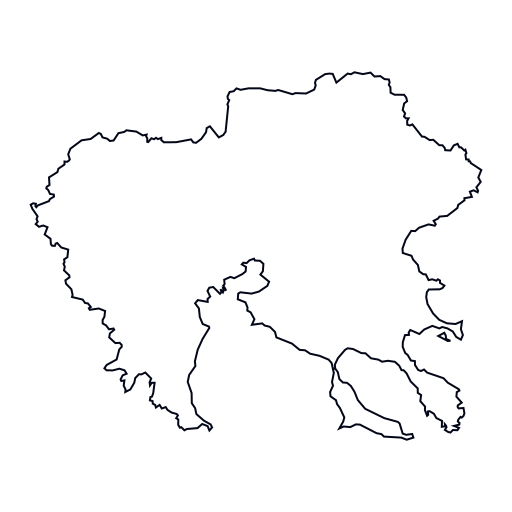 the district of Kentrikis Makedonias, Kentriki Makedonia, Greece
{"feature_id": "26713481B13719921321351", "entity_name": "Kentrikis Makedonias", "entity_type": "district", "adm_level": 2, "iso_a3": "GRC", "parent_name": "Greece", "parent_adm1": "Kentriki Makedonia", "projection": "equal_earth", "projection_center": [23.125, 40.657], "detail": "fine", "context": "isolated", "style": "outline", "palette": "ink", "viewbox_px": 512, "rotation_deg": 0, "n_neighbors": 0, "source": "geoboundaries", "source_scale": "gbopen_adm2", "svg_char_len": 6025}
<svg xmlns="http://www.w3.org/2000/svg" viewBox="0 0 512 512"><path d="M388.9,79.5L384.5,79.1L380.3,76.1L374.5,76.5L370.5,72.6L362.9,74.1L354.4,72.3L351.0,74.2L347.6,73.6L336.4,82.6L332.7,73.9L329.4,73.6L325.2,74.1L315.9,79.9L315.0,82.8L315.7,85.4L314.2,89.6L306.1,93.5L295.5,93.1L292.4,94.2L278.2,90.0L275.4,90.9L267.5,90.2L260.0,88.3L248.7,88.3L240.6,89.8L236.5,88.4L233.7,91.2L229.6,92.0L227.5,96.4L227.9,98.9L229.2,100.1L227.4,104.4L228.2,106.2L225.6,131.7L223.3,135.0L218.8,137.4L209.9,126.3L206.7,128.1L206.0,132.3L201.4,138.8L196.1,142.8L193.3,142.4L191.1,139.4L176.1,142.2L163.9,142.3L161.3,140.1L161.3,137.9L157.9,139.1L156.0,137.8L154.1,139.2L151.4,138.3L148.2,142.1L147.2,141.8L147.3,138.3L146.1,136.3L146.6,134.6L142.7,135.4L136.4,131.6L126.4,130.3L124.3,131.9L118.4,133.2L113.6,140.5L109.9,141.0L107.2,138.7L102.5,137.4L100.8,133.9L98.8,133.0L90.6,139.0L81.6,140.3L70.4,148.7L68.2,154.3L69.8,159.4L68.9,160.6L67.2,161.8L64.5,161.5L64.5,164.5L58.4,168.7L57.4,172.1L49.0,177.4L49.5,185.0L46.8,186.7L46.3,188.4L48.2,190.0L50.0,193.9L53.8,194.6L54.0,196.6L49.9,199.1L49.0,201.1L37.9,205.4L36.3,207.2L35.4,206.1L35.9,203.8L33.1,203.3L30.7,204.7L32.4,208.9L37.6,216.3L36.5,219.1L37.7,221.7L35.7,224.1L39.0,226.8L43.2,225.5L47.5,227.2L44.7,234.5L50.5,238.8L50.9,244.1L52.0,245.7L54.8,245.9L55.7,243.6L57.2,243.0L61.3,247.5L68.2,249.6L67.4,257.2L64.1,259.4L64.5,262.3L63.5,263.8L64.8,266.7L64.0,270.4L69.3,275.4L69.5,277.3L65.4,280.3L66.0,283.7L71.4,289.3L72.6,294.9L72.0,297.0L82.7,299.6L85.1,303.0L87.9,303.4L90.8,307.0L88.9,308.2L89.7,309.8L98.8,308.5L105.1,311.0L104.4,316.8L102.6,320.0L102.7,323.5L106.1,325.4L109.0,329.3L113.5,328.5L114.2,329.8L109.9,333.4L109.2,337.4L115.4,343.1L119.7,342.8L121.7,345.0L121.7,346.8L119.3,349.4L116.6,359.5L106.6,365.0L104.4,368.3L106.6,370.3L112.7,370.4L119.4,368.7L124.5,370.3L126.6,373.7L122.6,375.4L120.6,379.5L121.3,381.0L124.4,380.4L123.7,385.6L125.6,389.7L125.3,392.0L130.3,389.5L134.3,382.7L135.2,378.1L139.0,374.2L141.4,374.4L145.3,372.5L151.2,378.5L149.6,382.3L150.0,385.4L151.7,382.8L154.6,382.8L153.2,393.2L152.0,396.6L150.4,397.1L149.9,400.4L152.5,401.0L152.8,403.7L155.2,404.9L155.9,407.5L159.6,404.9L161.8,408.5L165.7,407.1L167.5,409.9L171.5,412.5L176.7,414.0L177.9,415.4L176.2,418.2L178.3,419.5L178.2,424.8L179.9,427.7L181.3,427.2L184.4,430.3L186.9,429.0L197.5,428.1L202.2,424.0L207.6,426.1L209.4,430.5L212.1,427.4L210.6,424.4L204.0,420.7L196.4,414.1L195.1,408.1L191.8,403.2L191.6,393.0L187.7,381.9L189.2,374.9L195.4,366.0L194.9,361.3L197.7,349.7L202.6,338.9L209.3,328.0L209.0,326.6L202.7,324.0L199.8,317.0L198.9,308.4L195.1,303.3L197.8,300.1L207.7,301.9L207.6,298.9L210.2,296.6L207.5,290.9L209.3,287.7L213.2,287.0L220.0,293.8L221.6,291.9L220.4,289.2L222.9,292.4L223.6,290.8L223.1,288.3L226.2,290.5L223.3,285.5L224.6,284.2L224.2,279.7L230.4,276.9L234.3,278.2L242.3,274.1L245.6,271.5L246.0,266.9L241.8,264.4L243.3,262.7L246.6,263.1L249.5,260.3L254.0,258.7L254.9,260.5L260.0,260.8L263.4,263.8L262.9,271.2L260.4,274.6L269.1,281.7L267.3,285.9L258.9,291.6L251.5,293.6L240.3,292.3L238.2,293.6L237.8,299.3L245.4,302.3L247.5,307.4L247.3,310.6L250.6,312.3L254.4,319.2L251.9,324.8L262.2,323.4L264.6,325.5L269.8,326.8L275.0,331.9L276.4,337.4L292.0,343.6L299.7,349.9L305.1,350.3L310.1,353.7L319.5,355.8L328.6,359.6L331.6,363.0L332.9,368.7L335.2,368.5L334.8,364.8L337.9,358.2L345.1,349.8L347.7,348.3L353.0,349.0L361.4,353.1L365.5,353.3L371.0,358.3L378.3,359.6L382.1,361.7L387.9,360.8L394.9,361.8L399.2,365.7L401.5,370.1L403.7,370.3L406.6,373.4L410.7,381.5L417.7,388.4L417.8,392.9L421.1,395.0L420.3,401.2L425.1,406.6L424.9,410.1L427.1,415.8L428.2,414.8L427.9,411.4L429.7,411.2L433.9,413.8L436.3,418.0L442.0,420.9L441.8,426.8L445.1,426.3L444.9,424.3L446.0,425.6L446.5,427.2L444.9,429.9L448.2,432.0L450.5,432.5L452.9,430.0L457.4,430.2L459.0,427.9L454.0,425.9L459.3,424.6L459.5,423.0L457.8,421.4L458.2,419.8L460.5,416.9L461.7,417.6L463.5,415.9L464.4,413.3L463.5,408.0L458.6,408.4L457.6,406.8L457.8,405.4L461.7,402.6L456.4,396.6L456.8,392.1L459.4,390.6L458.9,389.3L447.8,382.7L443.5,378.2L427.1,372.6L424.0,369.5L421.0,371.0L418.2,370.0L415.0,365.0L414.9,361.1L410.9,360.5L407.7,355.0L405.2,353.0L402.7,346.8L402.8,342.3L405.0,335.1L409.0,334.9L408.7,332.5L410.3,330.0L419.4,334.0L424.2,329.5L432.3,325.9L439.4,328.4L442.2,327.0L447.5,328.4L452.8,331.5L456.2,336.9L460.9,339.7L462.9,335.1L460.9,329.2L462.0,321.2L455.6,324.0L446.9,323.3L439.2,319.8L433.1,313.5L427.5,304.0L426.2,297.1L426.9,292.1L428.8,289.5L439.7,289.3L442.5,288.1L444.4,285.6L440.0,282.9L440.0,280.5L437.9,279.3L436.4,280.7L432.2,279.3L428.6,280.1L425.8,274.4L423.2,274.2L419.3,271.4L417.9,265.0L413.1,259.6L411.5,255.8L402.8,253.0L402.5,248.6L405.6,239.8L411.2,230.9L415.2,231.1L419.1,227.7L428.6,224.4L434.8,225.7L435.8,224.2L433.6,220.8L438.0,218.6L439.5,216.6L447.2,215.9L457.4,208.0L458.2,204.9L464.5,200.3L464.4,198.2L471.9,196.9L469.9,191.7L473.6,190.3L477.6,192.3L478.1,190.9L476.4,187.3L480.7,181.9L478.3,177.5L481.3,170.0L470.8,163.1L470.1,161.4L468.7,161.3L468.6,159.5L466.1,159.4L465.4,154.6L466.4,153.1L465.4,149.7L464.3,150.5L461.0,147.3L459.3,147.3L457.6,143.8L453.8,145.4L450.5,150.5L445.2,150.2L444.7,147.9L442.5,145.3L439.3,145.2L433.3,139.8L429.7,140.1L424.5,136.8L422.0,136.6L412.4,124.4L409.9,125.5L407.3,124.7L407.1,121.0L408.6,118.3L405.9,118.3L404.0,116.5L405.1,113.4L402.7,110.0L404.2,103.4L407.1,101.2L406.2,97.5L404.1,94.8L394.5,94.7L390.6,92.7L390.4,87.2L388.8,84.9L389.6,82.5L388.9,79.5ZM342.9,382.5L339.4,379.1L337.8,372.1L335.3,368.7L332.9,368.9L333.8,372.9L332.0,382.1L333.0,385.7L330.1,392.0L330.5,396.3L336.0,400.2L337.0,404.0L339.9,408.0L344.3,417.4L343.2,421.6L339.3,428.5L343.6,426.5L350.3,427.1L355.8,424.4L359.9,424.6L376.6,433.2L381.4,434.1L384.0,436.6L401.3,437.6L406.7,439.7L413.4,437.6L412.2,434.0L406.2,434.8L402.7,433.6L399.6,423.5L397.9,421.9L384.2,418.1L365.2,408.8L357.8,400.0L354.5,391.8L350.9,386.0L347.0,382.8L342.9,382.5ZM446.0,338.9L445.8,335.7L444.3,332.8L438.3,336.0L447.8,341.0L450.4,340.8L446.0,338.9Z" fill="none" stroke="#020617" stroke-width="2"/></svg>